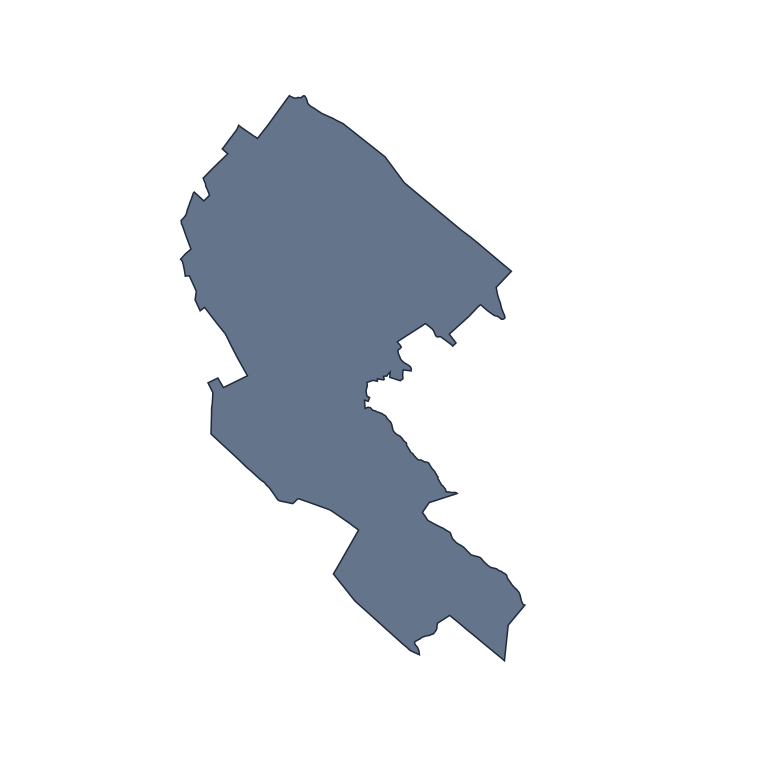 outline of Ol Jorok, Central, Kenya, rotated 324°
{"feature_id": "3690345B69894021790140", "entity_name": "Ol Jorok", "entity_type": "district", "adm_level": 2, "iso_a3": "KEN", "parent_name": "Kenya", "parent_adm1": "Central", "projection": "orthographic", "projection_center": [36.31, -0.178], "detail": "fine", "context": "isolated", "style": "filled", "palette": "slate", "viewbox_px": 768, "rotation_deg": 324, "n_neighbors": 0, "source": "geoboundaries", "source_scale": "gbopen_adm2", "svg_char_len": 6147}
<svg xmlns="http://www.w3.org/2000/svg" viewBox="0 0 768 768"><g transform="rotate(324 384 384)"><path d="M243.1,590.1L246.3,605.3L246.6,606.5L247.7,610.6L248.3,614.3L248.8,615.5L249.4,616.6L253.5,623.9L254.6,621.9L255.4,620.4L255.8,619.2L256.2,617.0L256.3,615.6L256.0,613.7L256.3,612.0L256.9,611.0L258.0,610.6L259.3,610.9L260.9,611.0L262.6,611.3L263.9,611.4L265.5,611.2L266.9,611.5L268.0,612.0L269.4,612.3L273.4,614.3L274.9,614.3L276.1,615.0L277.5,615.1L278.6,614.7L280.0,614.3L281.6,613.8L282.8,613.0L286.4,609.0L301.1,609.8L304.0,620.6L306.2,629.9L307.5,634.8L308.6,638.8L311.2,649.1L316.2,668.4L318.8,678.7L342.7,652.1L368.0,645.7L367.2,644.7L367.0,643.3L367.3,642.1L367.6,640.5L369.8,635.3L370.2,634.2L370.5,633.0L370.7,631.7L370.6,629.8L370.5,628.2L370.2,626.9L369.9,625.4L369.7,623.2L369.5,621.8L369.6,620.2L369.8,613.2L370.3,612.1L370.7,611.1L370.7,610.0L370.4,608.6L369.1,606.1L368.8,604.3L367.7,603.3L367.1,602.0L366.7,600.3L365.9,599.0L365.2,598.1L363.5,596.3L362.5,594.9L361.7,592.9L361.2,591.1L360.4,586.8L360.3,585.5L360.2,584.3L360.2,582.7L359.8,581.0L358.8,579.4L357.7,578.0L356.5,576.6L355.7,575.6L354.8,574.4L354.1,573.4L353.8,572.1L353.2,567.9L352.6,563.2L351.6,560.3L351.0,559.0L350.3,557.7L349.8,556.3L349.4,555.2L349.1,554.2L349.0,553.1L348.9,551.6L348.5,549.9L348.7,548.7L349.0,547.4L349.6,545.3L350.1,544.0L350.1,542.6L349.3,541.0L348.4,539.0L347.7,537.2L347.3,535.9L346.7,534.8L346.1,533.9L345.5,532.7L344.2,530.4L343.6,529.1L342.1,526.1L340.8,523.3L340.3,522.2L339.7,521.0L339.3,519.8L339.4,518.6L339.5,517.0L339.6,512.3L339.6,510.5L350.8,506.5L378.8,515.6L378.4,514.1L377.0,512.9L375.6,512.1L374.8,511.4L373.8,510.2L372.3,508.8L370.9,507.9L371.3,506.7L371.9,505.1L371.7,502.7L371.8,501.1L371.3,499.9L371.4,498.6L371.5,497.4L371.6,496.0L371.9,494.4L371.9,493.1L372.1,491.9L373.1,490.9L373.0,489.4L373.5,485.5L373.6,483.9L373.2,480.4L373.2,479.0L373.4,477.9L373.4,476.3L373.7,474.7L373.5,473.6L372.5,472.1L371.1,470.9L369.3,467.2L367.7,466.1L366.9,465.0L366.8,463.6L366.6,462.6L366.2,458.8L366.4,457.1L365.8,455.9L365.5,454.6L365.7,453.3L366.0,452.0L365.9,450.6L366.2,448.8L366.2,446.8L367.1,445.8L367.5,444.6L366.9,443.1L366.8,442.0L366.6,440.9L366.8,439.1L366.5,437.5L366.4,436.0L365.9,434.7L365.3,433.7L364.8,432.7L364.4,431.2L364.1,429.6L364.0,428.1L364.2,426.1L364.9,424.9L365.9,422.7L366.4,421.3L366.8,419.9L367.0,418.2L366.6,416.5L366.4,414.6L366.4,413.5L366.5,411.9L366.5,410.4L365.3,408.2L365.2,407.0L364.5,405.9L363.7,405.0L363.3,404.0L362.5,403.2L361.9,402.3L361.4,401.0L360.7,400.1L359.8,399.0L359.3,397.7L359.2,396.4L359.1,395.2L358.1,394.1L357.0,393.2L355.6,393.0L354.4,392.6L358.7,385.6L361.0,388.7L364.4,386.5L363.1,383.8L365.0,379.7L365.6,378.8L367.9,376.9L369.1,376.0L369.9,375.1L370.9,372.8L372.3,373.1L377.1,374.5L380.3,377.9L381.7,375.9L386.1,380.5L387.2,380.1L387.4,378.9L388.1,377.5L391.1,379.3L392.2,378.7L396.0,377.9L392.6,382.0L399.2,391.0L400.6,390.8L401.9,391.0L402.9,390.3L403.5,389.2L404.6,387.3L405.5,386.4L406.4,385.2L407.9,383.9L413.6,389.4L414.7,388.3L415.4,386.4L415.3,384.7L414.9,383.3L412.8,378.6L412.5,377.2L412.0,373.7L412.9,370.7L413.2,369.4L413.5,367.7L414.3,366.3L414.8,365.0L416.2,364.8L417.9,364.8L419.7,364.3L419.9,362.7L419.8,361.1L419.5,357.7L424.4,357.9L450.5,359.4L453.0,359.4L454.6,364.9L454.9,366.3L455.3,367.7L455.4,369.1L455.3,370.5L455.0,371.9L454.2,375.5L454.5,376.8L455.5,377.8L456.5,378.2L457.6,379.1L458.2,380.9L458.5,382.0L459.3,384.2L461.8,392.5L461.9,393.8L463.5,393.5L465.3,393.3L466.4,393.1L466.1,382.0L492.1,379.3L505.6,376.8L508.7,376.6L509.1,377.9L509.4,379.1L509.6,380.4L509.9,381.6L510.2,382.7L510.8,385.5L511.3,386.9L511.7,388.4L512.2,389.7L512.6,391.0L513.2,392.7L513.8,393.8L514.5,394.8L515.4,395.7L516.1,396.9L516.6,399.0L517.0,400.5L517.9,401.3L519.1,401.8L520.7,401.6L521.6,400.1L522.9,394.5L523.3,393.1L523.7,391.5L525.4,387.7L526.0,386.0L526.9,382.8L527.7,380.5L528.2,379.0L528.8,377.6L531.5,371.8L553.3,367.7L544.9,333.9L544.5,332.3L544.0,330.3L543.3,327.1L542.9,325.5L540.5,316.5L536.9,304.8L518.7,233.2L518.4,200.9L503.9,149.2L501.2,144.1L500.3,142.4L499.7,141.0L498.6,138.6L497.9,137.4L497.2,136.4L495.6,133.5L494.7,132.0L493.1,129.2L492.6,128.2L492.0,126.6L490.8,123.4L489.5,119.7L488.4,117.4L487.8,115.8L487.4,113.9L487.4,111.8L488.3,109.5L488.9,107.6L489.2,105.6L489.1,104.2L488.2,103.5L486.9,103.4L485.3,103.7L483.9,102.6L483.0,101.7L481.4,101.2L480.2,100.5L478.9,99.3L478.4,98.0L477.6,96.9L477.0,95.1L473.0,96.3L442.0,106.4L425.9,111.0L425.4,108.9L424.3,106.6L423.8,105.0L419.4,92.5L419.0,91.0L418.5,89.3L414.6,91.6L413.3,92.0L412.0,92.5L410.7,92.8L408.5,93.5L406.9,94.1L405.5,94.4L404.4,94.8L403.3,95.1L401.9,95.5L400.3,96.0L398.0,96.8L396.9,97.1L395.2,97.6L393.8,98.1L391.3,98.8L392.1,102.5L392.9,106.0L380.7,107.6L368.1,109.5L358.7,111.2L358.1,113.1L357.6,115.7L357.3,116.9L356.6,118.3L356.0,119.4L355.3,123.3L354.8,125.0L354.5,126.3L353.7,128.8L345.9,130.0L343.3,117.2L342.1,117.4L339.9,119.0L339.0,119.5L338.0,120.3L336.8,121.2L335.5,121.9L327.0,127.7L325.2,129.2L323.7,130.5L321.5,131.3L320.5,131.6L319.3,131.9L317.6,132.2L316.0,132.4L314.2,135.6L314.2,136.7L311.2,146.8L310.1,150.6L308.8,155.4L307.1,161.4L299.9,162.0L292.7,163.5L293.1,165.5L292.1,168.5L291.7,169.6L289.1,175.2L286.6,180.0L290.1,181.9L289.5,185.0L287.3,195.6L286.6,198.8L282.7,202.7L280.6,204.9L278.3,216.7L283.9,216.6L284.4,236.5L285.1,250.3L282.7,264.2L280.9,276.0L278.4,297.1L273.8,296.3L252.0,292.5L253.1,281.5L242.3,279.6L240.5,290.4L233.4,299.1L230.4,302.1L224.8,309.6L223.9,310.7L214.7,322.7L217.2,335.6L219.9,348.9L222.5,362.4L224.0,371.3L225.2,375.8L227.7,388.3L228.0,389.3L228.3,390.3L229.1,392.6L229.5,394.3L229.4,396.1L229.8,398.5L230.1,399.7L230.2,400.7L230.2,408.8L230.0,412.8L230.0,415.0L230.4,416.5L231.3,417.7L239.8,427.1L241.6,427.0L246.7,426.2L247.8,427.1L250.2,430.6L253.0,434.5L256.4,439.6L257.2,440.7L259.2,443.7L261.0,446.3L265.4,452.8L266.3,454.3L268.0,458.7L274.1,476.0L274.9,478.6L275.2,479.8L277.6,487.2L274.3,488.7L262.6,494.0L251.2,499.1L239.5,504.4L231.4,507.9L232.3,527.5L232.6,535.3L232.9,542.3L234.9,551.7L236.8,560.3L238.5,568.5L240.3,577.0L242.1,585.7L243.1,590.1Z" fill="#64748b" stroke="#1e293b" stroke-width="1.5"/></g></svg>